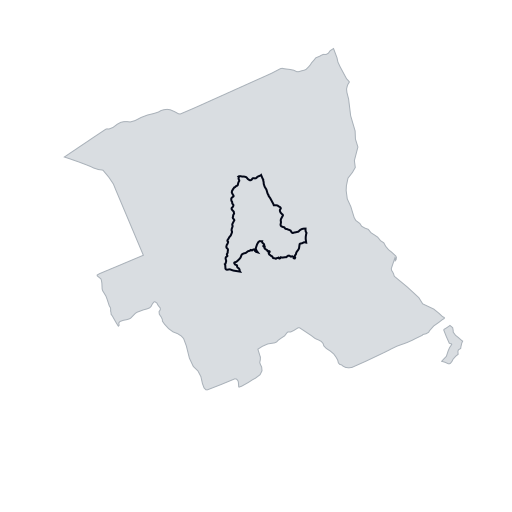 Bié highlighted on a map of Angola, rotated 156°
{"feature_id": "AGO-1886", "entity_name": "Bié", "entity_type": "Province", "adm_level": 1, "iso_a3": "AGO", "parent_name": "Angola", "parent_adm1": "", "projection": "orthographic", "projection_center": [17.419, -12.443], "detail": "fine", "context": "in_parent", "style": "outline", "palette": "ink", "viewbox_px": 512, "rotation_deg": 156, "n_neighbors": 0, "source": "natural_earth", "source_scale": "10m", "svg_char_len": 9497}
<svg xmlns="http://www.w3.org/2000/svg" viewBox="0 0 512 512"><g transform="rotate(156 256 256)"><path d="M410.3,247.9L410.8,251.3L411.3,256.1L411.6,259.5L411.9,261.0L412.1,261.9L411.6,262.7L411.2,264.8L410.4,266.6L410.0,267.8L410.3,270.2L409.6,277.0L409.4,280.4L410.2,286.6L410.0,288.4L407.8,294.0L407.1,296.8L407.0,298.2L409.1,302.4L408.9,303.2L407.3,303.4L405.9,303.5L358.6,302.5L357.2,373.7L357.0,379.7L358.4,387.8L360.9,396.6L362.0,397.4L364.7,399.0L368.5,402.4L370.6,404.9L374.9,409.3L380.6,414.9L390.8,424.4L355.4,430.6L341.8,432.9L340.6,432.8L338.7,431.8L334.3,431.6L329.2,432.8L325.2,433.1L322.2,432.5L319.3,431.3L316.4,429.6L311.5,428.9L304.5,429.3L297.7,428.9L291.2,427.7L286.5,427.2L283.7,427.5L280.7,427.1L277.5,426.1L274.8,424.4L271.6,420.9L269.1,417.6L268.4,417.1L267.6,416.6L266.8,416.5L252.8,416.3L167.4,416.6L157.5,417.2L156.8,417.1L155.5,416.7L154.7,416.0L151.8,414.2L149.4,412.8L146.0,410.4L143.8,407.8L142.0,407.0L138.8,406.6L136.4,406.1L134.4,406.1L131.0,407.4L128.5,408.6L126.6,409.9L123.5,411.3L120.8,412.7L116.1,412.6L115.1,412.8L112.5,412.8L110.0,411.6L107.5,411.8L104.7,413.4L100.8,414.0L101.4,404.2L102.3,399.8L102.2,394.6L101.2,381.1L100.5,379.2L99.9,377.0L102.4,375.3L103.6,374.0L105.3,371.8L106.4,368.6L107.6,361.6L112.5,345.6L114.6,329.9L117.6,322.4L118.6,314.1L127.3,303.2L129.3,296.5L133.8,293.2L140.3,289.7L144.8,283.5L147.0,279.2L149.4,271.0L149.3,262.5L150.7,251.2L150.4,247.9L147.9,243.4L147.4,240.2L145.1,237.1L142.6,234.7L141.5,230.5L137.2,223.8L136.0,219.3L133.9,216.1L133.6,212.1L132.4,207.9L130.3,203.8L128.3,199.1L128.3,197.6L129.5,195.7L130.7,195.1L130.3,196.0L129.5,197.1L129.7,198.0L137.5,189.5L138.0,187.8L137.7,186.0L137.6,183.8L137.9,181.2L130.3,165.9L124.2,151.7L123.2,144.5L115.2,135.2L112.1,129.1L110.3,124.8L109.0,123.2L109.5,122.3L111.5,122.1L116.0,121.0L122.1,119.8L127.8,117.2L129.3,116.1L132.3,115.8L135.4,116.4L136.5,115.9L137.1,115.9L144.3,115.7L147.3,115.5L152.9,115.5L156.4,115.7L158.4,115.9L163.8,116.3L170.6,116.1L172.9,115.9L181.8,115.6L198.4,115.2L207.0,115.2L213.7,115.2L216.7,116.1L219.5,117.8L220.7,119.3L221.3,120.0L222.1,121.7L223.6,122.9L224.2,124.9L223.7,127.7L224.0,130.9L224.8,134.8L226.7,138.8L229.4,143.0L230.6,146.3L230.3,148.8L231.1,151.4L233.2,154.1L234.7,155.6L235.6,156.7L237.9,160.9L245.4,172.7L246.6,173.3L248.2,173.1L251.7,172.6L255.2,172.5L257.7,173.6L258.7,173.4L262.4,171.4L266.1,170.8L270.0,170.0L272.1,169.1L274.4,169.1L280.7,170.8L281.9,170.9L287.1,170.9L292.2,170.1L293.0,163.3L293.1,161.9L294.3,159.4L295.9,157.2L296.1,155.1L296.0,152.2L297.2,148.7L300.6,145.9L306.2,144.6L309.4,144.4L314.4,143.6L322.0,142.9L324.8,143.1L325.0,143.5L323.3,148.3L323.3,149.9L323.9,151.5L325.2,152.4L340.2,152.8L354.8,153.5L355.5,153.8L356.2,154.2L357.1,156.6L356.8,161.3L355.4,168.2L355.8,174.6L358.2,180.6L358.4,189.8L356.2,202.2L355.7,210.0L356.8,213.3L359.1,216.8L362.7,220.5L365.4,225.2L367.3,230.9L368.0,234.5L367.4,236.0L367.4,238.6L368.0,242.2L367.2,244.6L365.3,245.8L364.6,247.4L365.5,250.6L365.7,253.4L367.0,255.4L367.9,255.5L370.0,254.5L372.4,252.6L374.3,251.9L377.0,252.0L380.8,252.6L387.5,253.0L389.5,252.7L395.8,250.2L397.4,250.1L399.9,250.4L403.3,251.2L406.9,251.5L408.6,250.7L408.8,249.7L409.3,248.3L410.3,247.9ZM129.2,84.1L128.8,84.5L125.9,85.7L122.9,86.9L118.9,91.3L116.8,93.2L116.2,93.7L114.4,94.8L113.1,95.7L113.1,96.2L114.0,96.8L114.9,97.7L114.9,104.9L114.6,111.9L114.1,112.5L111.5,112.8L108.1,113.4L107.1,113.7L106.7,113.0L105.5,110.5L106.1,108.0L106.8,106.2L106.0,102.4L104.3,99.2L102.4,95.0L101.8,94.2L103.4,92.8L105.7,89.8L106.6,88.3L109.3,87.9L110.3,86.8L111.0,85.0L111.3,84.0L114.3,83.2L117.9,81.6L119.9,80.0L122.0,78.9L123.3,78.9L124.1,79.3L126.5,82.0L128.5,83.7L129.2,84.1Z" fill="#d9dde1" stroke="#a8b0b8" stroke-width="1"/><path d="M221.6,238.0L222.0,238.2L222.3,238.5L221.9,238.8L221.7,239.0L221.7,239.6L221.9,239.7L222.1,239.8L222.3,239.9L222.8,240.7L223.0,241.0L223.3,241.1L224.0,241.1L224.3,241.2L224.6,241.4L225.3,242.6L225.7,242.9L226.2,243.1L226.7,243.2L227.3,242.9L227.7,243.0L228.8,242.6L229.7,243.0L232.5,243.8L232.9,244.1L233.4,244.4L234.0,244.8L234.3,244.5L234.6,244.2L235.0,244.4L235.5,244.1L235.8,244.3L236.1,245.3L236.4,245.2L236.8,245.3L237.2,245.5L237.5,245.6L238.9,245.4L239.1,245.5L239.4,246.0L240.7,246.8L241.2,247.2L241.3,247.7L241.3,248.6L241.4,249.0L241.6,249.4L242.3,250.1L242.6,251.0L243.2,251.8L243.3,252.3L243.3,253.2L243.1,253.6L242.8,253.9L242.6,253.7L242.0,254.1L241.7,254.6L241.9,255.0L242.4,255.3L242.9,255.3L243.1,255.3L243.3,255.4L243.5,255.8L243.4,256.3L243.4,256.7L243.6,257.0L243.9,257.4L244.9,259.0L245.0,259.5L244.9,259.6L244.9,259.8L244.9,260.2L244.8,260.4L244.7,260.5L244.3,260.7L244.2,261.0L244.2,261.6L244.2,261.9L244.5,261.7L244.9,261.6L245.2,261.7L245.3,262.1L245.1,262.3L244.4,262.5L244.2,262.6L243.9,263.2L244.0,263.9L244.7,265.4L244.8,265.7L244.8,266.0L244.7,266.4L244.6,266.9L244.5,267.0L246.7,268.1L247.9,267.8L248.3,267.7L249.6,266.7L250.2,266.3L252.6,263.7L253.1,263.0L253.3,262.2L253.3,260.4L252.9,258.6L253.7,259.3L254.0,259.5L254.3,259.8L254.5,260.5L254.7,260.8L254.9,261.1L254.8,262.1L254.8,262.3L254.9,262.6L255.0,262.8L255.3,262.9L256.2,263.0L257.0,262.8L257.4,262.7L257.5,262.8L257.8,263.0L258.0,263.5L258.3,263.7L258.5,263.7L258.8,263.6L259.2,263.4L259.5,263.3L260.0,263.4L260.6,263.5L261.1,263.6L261.4,263.6L261.9,263.5L263.9,263.0L264.5,263.0L265.8,263.3L267.1,263.3L267.7,263.3L268.3,263.1L268.8,262.8L270.5,261.1L271.0,260.7L272.4,260.0L275.1,259.0L276.4,258.7L277.0,258.7L278.1,258.9L278.6,258.7L278.8,258.3L278.7,257.8L278.7,257.3L278.6,256.8L278.4,256.5L278.2,256.3L277.8,255.9L277.2,255.3L277.2,254.8L277.5,254.3L277.6,253.6L277.5,252.9L276.7,251.6L276.6,250.9L276.6,250.2L277.0,248.9L276.9,248.2L282.3,251.7L283.5,252.7L284.7,253.9L285.3,254.4L285.9,254.7L287.3,255.0L288.2,255.3L288.7,255.8L289.0,256.4L289.0,257.0L288.5,258.3L288.3,258.9L288.0,259.5L287.8,260.6L287.8,261.2L287.2,261.3L286.8,261.6L286.5,262.0L285.5,263.2L285.2,263.8L285.1,264.4L284.9,265.7L284.6,266.5L284.1,267.0L283.6,267.3L282.8,267.4L282.4,267.5L282.1,267.7L282.0,268.3L282.1,268.8L281.9,269.5L281.4,269.9L280.8,270.3L280.4,270.8L279.8,272.0L279.2,272.8L279.0,273.5L279.0,274.2L279.5,275.2L279.5,275.5L279.5,275.8L279.4,276.4L279.0,277.0L278.0,278.2L277.8,278.3L277.1,278.7L276.2,279.6L275.8,280.1L275.7,280.4L275.8,280.7L275.9,281.0L276.0,281.3L275.8,281.8L275.4,282.2L274.1,283.0L273.2,283.7L272.5,284.2L271.1,284.8L270.5,285.2L268.3,287.4L267.9,288.3L268.0,289.0L267.8,289.5L267.5,290.1L267.1,290.7L265.4,292.5L265.1,293.1L265.1,293.7L264.9,294.4L264.4,295.0L261.9,297.0L261.3,297.4L261.2,297.9L261.3,298.5L261.7,299.8L261.6,300.6L260.7,301.7L260.3,302.5L259.9,302.9L259.2,303.3L258.7,303.8L258.7,304.2L258.3,305.4L258.4,306.0L259.0,307.5L259.2,308.7L259.0,309.3L258.6,309.8L257.4,310.2L257.1,310.4L256.6,310.8L256.2,311.2L255.9,311.8L256.0,312.4L256.2,313.0L256.3,313.7L255.9,314.8L255.8,315.2L255.9,315.6L256.0,316.5L255.7,317.5L255.3,318.4L254.5,319.1L252.3,319.6L252.0,320.2L252.0,320.7L252.2,321.4L252.3,323.8L252.2,324.0L251.6,325.0L251.4,325.2L251.2,325.4L250.9,325.5L250.6,325.7L250.3,326.1L249.9,326.4L249.6,326.5L249.3,326.6L248.2,327.4L247.9,327.5L247.2,327.4L246.9,327.5L245.9,327.9L245.6,328.0L244.8,327.9L244.6,327.9L244.3,328.0L243.9,328.2L243.7,328.3L242.8,329.6L242.0,330.5L241.8,330.7L240.8,331.4L240.7,331.5L240.6,331.8L240.5,332.1L240.6,333.0L240.5,333.4L240.5,333.7L240.4,333.9L239.6,335.0L239.6,335.3L239.8,335.7L239.4,335.8L239.0,335.7L238.3,335.5L237.7,335.2L236.2,334.1L235.3,333.8L234.0,333.0L232.9,332.0L232.6,331.4L232.3,330.2L232.1,329.6L231.3,328.3L230.9,327.8L230.6,327.6L230.0,327.4L229.4,327.4L228.7,327.6L228.5,327.8L228.0,328.0L227.5,328.3L226.9,328.2L226.4,328.0L225.5,327.4L225.0,327.2L224.3,327.1L223.5,327.3L222.7,327.7L221.5,327.8L219.2,327.7L218.9,327.7L218.4,327.9L218.5,323.7L218.4,323.3L218.3,323.1L218.3,322.9L218.4,322.7L218.5,322.4L218.7,322.0L218.8,321.8L218.8,321.6L218.8,321.1L219.0,320.4L219.1,320.1L219.2,319.7L219.5,319.0L219.6,318.8L219.9,315.9L219.9,315.6L219.6,313.4L219.5,312.8L219.5,312.3L220.0,308.6L220.0,307.2L219.8,306.5L219.9,306.2L220.0,305.9L220.0,305.5L219.5,303.2L219.2,299.1L219.2,298.6L219.1,297.8L219.0,296.5L219.1,295.1L217.9,294.6L216.7,294.0L216.1,293.6L215.6,293.1L215.2,292.2L214.3,291.1L214.0,290.5L213.9,289.8L214.0,289.4L214.5,289.0L215.3,288.5L215.4,288.3L215.6,288.0L215.8,287.5L215.9,286.8L215.9,286.0L215.8,285.3L215.5,284.5L215.2,283.7L214.9,283.2L214.8,282.9L214.8,282.6L214.8,282.3L214.9,282.2L215.4,281.7L216.1,281.2L216.5,280.9L218.0,279.7L218.4,279.3L219.1,278.1L219.2,277.5L219.4,276.8L219.7,276.3L220.5,275.1L220.8,274.7L221.0,273.8L221.0,273.5L220.8,272.9L220.7,272.7L220.1,272.1L219.9,271.8L218.5,270.7L218.4,270.5L218.4,270.4L218.4,270.1L218.2,269.3L218.0,268.9L217.8,268.7L216.5,267.8L216.2,267.5L216.0,267.2L215.9,267.0L215.7,266.8L215.1,266.4L214.6,265.8L214.3,265.4L214.2,265.3L214.1,265.2L213.9,263.9L213.9,263.5L213.8,263.3L213.7,263.0L213.5,262.4L213.3,262.2L212.8,262.0L211.5,261.9L210.5,261.6L207.4,261.0L206.0,261.5L205.6,261.7L203.6,262.0L202.8,261.9L201.6,261.7L199.6,260.9L200.2,259.6L200.6,258.3L200.5,256.5L201.2,255.7L202.7,253.4L203.2,252.4L203.7,251.3L204.7,247.8L206.1,248.8L206.6,249.0L207.2,249.0L208.7,248.9L209.6,249.1L210.0,249.2L210.3,249.3L210.8,249.3L211.3,249.1L211.7,248.5L213.2,246.1L213.7,245.4L214.3,244.9L215.2,244.3L216.7,243.5L217.3,243.1L217.9,242.6L218.9,241.3L219.4,241.0L220.0,240.8L220.3,240.6L220.9,239.6L221.0,239.4L220.8,238.8L220.9,238.5L221.6,238.0Z" fill="none" stroke="#020617" stroke-width="2"/></g></svg>